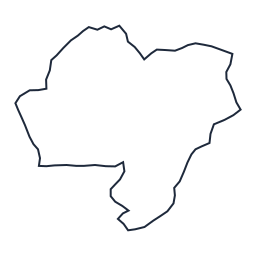 outline of Paiva, Minas Gerais, Brazil
{"feature_id": "56859067B60855935518046", "entity_name": "Paiva", "entity_type": "district", "adm_level": 2, "iso_a3": "BRA", "parent_name": "Brazil", "parent_adm1": "Minas Gerais", "projection": "albers", "projection_center": [-43.423, -21.293], "detail": "fine", "context": "isolated", "style": "outline", "palette": "slate", "viewbox_px": 256, "rotation_deg": 0, "n_neighbors": 0, "source": "geoboundaries", "source_scale": "gbopen_adm2", "svg_char_len": 1140}
<svg xmlns="http://www.w3.org/2000/svg" viewBox="0 0 256 256"><path d="M240.6,109.6L236.4,102.4L233.5,93.2L230.4,85.4L226.5,78.9L226.3,72.0L230.4,64.3L232.4,53.9L221.7,50.0L211.5,46.3L203.6,44.7L195.5,43.3L187.9,45.1L182.1,48.0L175.0,50.7L164.8,50.0L156.8,49.6L151.3,53.3L144.2,59.4L139.9,53.3L134.7,47.0L127.9,41.6L126.1,33.8L119.3,25.7L111.1,29.3L104.3,26.4L97.4,29.7L88.8,27.1L83.0,31.1L77.9,35.6L71.0,40.3L63.3,48.0L56.6,55.4L51.3,60.1L49.8,70.4L46.1,79.6L46.4,88.7L38.3,90.1L29.7,90.3L19.9,96.2L15.4,103.2L18.2,110.0L21.2,116.6L25.0,125.2L29.5,136.7L33.5,144.2L38.0,149.3L40.0,158.2L38.9,165.9L46.4,166.2L54.4,165.4L66.6,165.0L76.6,165.9L83.4,165.9L95.0,165.0L105.9,166.2L115.2,166.4L123.1,162.2L124.4,171.3L120.0,179.4L115.2,184.4L110.7,189.2L110.7,196.2L115.2,201.7L122.4,206.0L128.5,210.6L122.9,213.4L117.9,218.9L123.7,224.0L128.1,230.3L135.1,229.3L144.5,227.0L153.2,220.7L160.9,215.7L167.4,211.3L173.5,203.4L174.9,195.4L174.2,187.9L179.7,181.4L183.9,171.7L187.5,162.4L191.4,154.4L195.5,149.3L201.6,146.4L209.5,143.0L210.5,133.9L213.9,124.3L224.5,119.9L233.3,115.2L240.6,109.6Z" fill="none" stroke="#1e293b" stroke-width="2"/></svg>